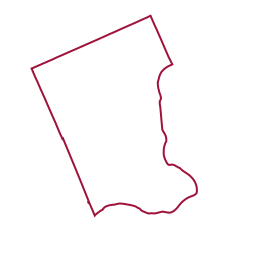 the district of East Fremantle, Western Australia, Australia, rotated 157°
{"feature_id": "25037944B65528874584429", "entity_name": "East Fremantle", "entity_type": "district", "adm_level": 2, "iso_a3": "AUS", "parent_name": "Australia", "parent_adm1": "Western Australia", "projection": "natural_earth1", "projection_center": [115.768, -32.037], "detail": "fine", "context": "isolated", "style": "outline", "palette": "rose", "viewbox_px": 256, "rotation_deg": 157, "n_neighbors": 0, "source": "geoboundaries", "source_scale": "gbopen_adm2", "svg_char_len": 2273}
<svg xmlns="http://www.w3.org/2000/svg" viewBox="0 0 256 256"><g transform="rotate(157 128 128)"><path d="M192.8,60.3L191.7,60.9L190.7,61.3L189.9,61.4L189.4,61.7L188.5,61.8L186.2,62.4L185.0,62.6L184.2,62.6L183.4,62.6L182.6,63.3L181.6,63.8L180.4,64.1L179.5,64.4L177.4,64.4L174.3,63.9L173.2,63.6L169.7,62.6L168.0,62.4L165.3,61.8L162.9,60.6L160.7,59.3L156.7,56.7L154.0,54.8L152.8,53.8L152.7,53.7L151.7,52.9L150.7,51.4L150.1,50.6L149.2,49.8L148.6,48.7L148.3,48.0L147.9,46.9L147.4,46.1L142.8,41.4L142.2,41.3L141.3,40.9L139.3,40.2L138.6,39.8L138.2,39.6L136.8,38.9L133.5,38.3L130.2,37.8L128.8,37.5L127.4,36.6L125.6,35.4L123.5,34.1L121.8,33.5L120.8,33.5L118.8,33.6L116.9,34.1L114.3,35.1L110.3,37.3L107.5,38.6L105.4,39.3L102.3,40.1L99.7,40.4L95.8,40.4L93.7,40.3L92.4,40.5L92.1,40.6L90.5,41.2L89.5,42.4L88.6,44.6L87.9,46.7L87.7,47.6L87.5,49.6L87.5,52.6L88.2,56.2L89.7,60.0L91.0,62.3L92.5,64.6L94.5,67.6L95.6,70.1L95.8,70.7L97.5,72.5L97.8,73.1L98.7,74.1L99.7,75.6L100.7,76.4L101.9,77.2L104.0,77.7L104.9,78.2L105.6,79.3L106.0,81.7L106.0,82.9L106.1,84.4L106.0,86.6L105.5,89.7L104.5,91.9L103.8,93.6L102.8,95.4L101.5,97.3L99.2,99.9L98.0,100.7L97.0,102.9L97.0,103.2L96.6,104.4L96.4,106.4L96.6,109.2L97.0,111.8L97.0,113.3L94.1,122.3L90.2,134.3L89.4,137.6L88.5,139.9L86.3,142.0L85.7,143.6L85.3,146.1L85.3,147.9L85.0,149.9L84.5,153.0L83.3,157.1L82.8,158.3L81.0,160.6L80.1,161.8L79.0,163.2L77.6,164.7L75.4,166.5L72.1,168.0L69.0,168.8L66.4,169.1L63.1,169.2L62.4,169.2L62.4,170.0L62.9,177.9L63.0,193.2L63.0,194.9L63.0,197.4L63.1,201.1L63.1,202.2L63.1,206.2L63.2,209.0L63.3,211.5L63.4,218.8L63.4,222.5L68.5,222.3L70.9,222.3L78.5,222.1L86.0,222.0L92.3,221.9L93.6,221.9L101.1,221.7L106.1,221.6L107.0,221.7L108.9,221.6L117.8,221.4L129.5,221.2L134.0,221.2L147.3,221.0L149.5,221.0L157.0,220.9L166.2,220.8L171.4,220.6L175.5,220.6L183.8,220.5L184.6,220.5L193.5,220.4L193.5,210.6L193.3,206.1L193.3,200.8L193.1,190.9L193.0,187.9L193.0,181.2L192.9,171.3L192.8,165.5L192.7,161.4L192.8,151.4L192.6,143.5L191.9,143.7L192.2,113.0L192.3,104.3L192.4,95.4L192.6,85.2L192.8,75.9L193.0,75.9L193.3,75.8L193.3,75.7L193.5,75.6L193.6,75.4L193.6,75.1L193.6,74.9L193.6,74.7L193.4,74.5L193.4,74.4L193.1,74.3L193.1,74.2L192.9,74.2L192.8,68.5L192.8,64.4L192.8,60.3Z" fill="none" stroke="#9f1239" stroke-width="2"/></g></svg>